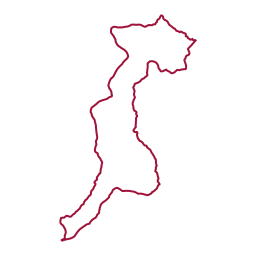 Dungna, Chhukha, Bhutan (Robinson projection)
{"feature_id": "84629894B53394150042816", "entity_name": "Dungna", "entity_type": "district", "adm_level": 2, "iso_a3": "BTN", "parent_name": "Bhutan", "parent_adm1": "Chhukha", "projection": "robinson", "projection_center": [89.368, 27.082], "detail": "fine", "context": "isolated", "style": "outline", "palette": "rose", "viewbox_px": 256, "rotation_deg": 0, "n_neighbors": 0, "source": "geoboundaries", "source_scale": "gbopen_adm2", "svg_char_len": 5769}
<svg xmlns="http://www.w3.org/2000/svg" viewBox="0 0 256 256"><path d="M61.0,218.0L60.7,219.4L60.4,220.2L60.4,222.4L60.5,223.0L61.2,224.0L62.1,224.7L62.8,225.3L63.9,226.9L65.2,229.4L65.5,230.3L65.8,232.1L65.6,233.4L65.0,235.0L64.7,236.1L64.7,236.7L64.9,238.1L64.7,238.7L62.2,239.7L61.7,240.0L61.7,240.3L62.3,240.6L62.9,240.3L64.8,239.7L70.4,238.5L71.7,238.0L74.0,236.7L74.8,235.9L77.1,232.4L79.5,229.6L81.0,228.4L86.5,224.5L89.5,223.6L90.7,221.5L91.6,220.5L92.9,219.3L95.7,217.6L96.7,216.0L97.3,214.6L98.8,213.3L99.1,212.6L99.2,210.9L100.0,207.4L100.6,205.3L100.9,204.6L101.3,204.0L103.1,202.2L105.4,200.7L108.5,197.9L109.0,197.2L109.1,196.2L109.5,195.3L112.1,192.0L112.6,190.6L113.0,189.9L114.9,188.5L116.5,187.9L117.4,187.9L119.4,188.9L122.5,191.1L126.0,190.8L129.0,190.9L130.4,191.1L134.4,191.8L136.2,192.6L138.0,193.7L140.9,193.6L143.8,194.2L144.7,194.6L145.7,194.7L146.5,195.1L147.1,195.1L148.6,194.9L151.3,193.4L151.6,193.0L151.9,192.3L153.1,191.8L153.4,191.3L154.5,190.7L156.8,188.5L157.3,187.7L157.4,186.9L158.6,184.8L159.5,184.5L159.5,183.9L158.8,182.8L157.9,181.7L157.7,181.1L157.7,180.2L158.3,179.1L158.5,178.4L158.4,178.0L158.0,177.0L157.7,176.0L157.2,173.2L156.6,172.3L155.3,171.2L155.3,170.6L155.9,169.2L155.9,167.1L156.6,166.0L156.7,165.3L156.3,164.8L156.1,163.7L155.8,159.4L155.5,159.0L154.9,158.5L154.2,156.4L153.6,155.7L152.8,154.2L151.5,152.5L151.1,151.4L150.3,149.9L149.7,149.3L149.0,148.9L148.0,148.1L147.2,147.5L146.9,146.4L146.3,145.7L145.7,145.5L144.9,145.5L144.0,144.8L142.3,142.3L140.8,141.3L139.5,140.8L138.6,139.2L138.1,138.8L137.9,138.5L137.8,137.7L137.4,136.8L136.9,134.9L136.9,134.4L137.4,133.6L137.4,133.1L137.3,132.5L137.1,132.1L136.7,132.0L135.6,132.2L134.7,132.0L134.0,131.5L133.4,130.6L134.0,129.4L134.8,128.2L135.7,127.2L135.8,126.9L135.8,126.4L135.6,125.8L135.6,125.2L135.9,123.8L135.8,121.8L136.1,120.8L136.0,119.9L136.0,118.2L137.0,116.4L137.1,115.8L137.0,115.5L136.4,114.8L136.1,113.9L136.5,112.6L136.4,112.1L136.1,111.7L135.6,111.3L134.5,110.7L134.1,110.2L133.6,108.9L133.4,108.0L133.4,106.5L132.6,104.1L132.7,103.0L133.3,101.3L133.6,100.2L134.8,97.7L134.9,97.3L134.8,96.9L134.2,95.6L134.0,94.4L134.6,90.7L133.9,89.6L133.8,88.7L133.3,87.8L133.3,87.2L134.3,85.6L134.7,84.0L136.0,83.3L137.1,83.1L139.5,81.8L140.7,80.7L141.8,79.3L143.8,78.4L145.1,77.2L146.0,76.5L146.4,76.2L147.2,75.5L147.4,74.6L147.0,73.5L147.0,72.5L147.2,72.0L147.2,71.1L147.5,68.2L147.7,67.4L147.7,65.4L147.6,65.0L147.6,64.3L147.6,63.6L148.8,62.2L149.3,61.9L149.8,61.4L151.8,61.2L153.5,61.4L155.7,62.3L156.2,62.8L157.3,64.0L158.1,65.6L158.3,66.2L158.4,67.5L158.9,68.7L159.7,69.6L160.7,71.2L161.1,71.4L162.8,71.2L163.4,71.0L163.9,70.6L164.3,70.5L166.0,69.6L167.4,70.7L168.8,71.4L169.6,71.7L171.2,73.1L171.9,73.3L173.9,72.7L175.0,71.9L176.9,70.1L177.3,69.9L179.4,70.2L181.9,69.4L183.0,69.4L184.0,69.1L185.3,69.2L185.8,68.9L186.0,68.3L186.1,67.3L186.1,65.9L185.7,64.1L184.6,61.1L184.4,59.8L185.4,58.4L186.0,56.3L186.7,55.6L188.2,55.1L189.2,54.3L189.4,53.6L189.3,52.3L188.5,50.3L188.1,49.6L188.0,49.0L188.4,48.3L191.1,45.6L195.6,40.4L195.3,40.2L193.3,40.1L193.0,40.0L192.4,39.0L190.8,39.7L190.2,39.6L189.4,38.9L188.2,38.3L187.6,37.6L187.5,36.8L186.8,36.4L186.0,36.3L185.8,36.1L185.7,35.9L185.9,34.5L185.8,34.1L185.4,33.7L184.7,33.2L183.7,33.0L182.8,32.6L182.3,32.4L181.6,31.7L180.9,31.6L180.2,32.1L179.6,32.2L178.6,31.4L176.3,30.7L174.9,28.7L174.0,28.5L173.6,28.3L173.1,27.7L171.9,26.7L169.2,24.7L167.7,21.9L167.0,21.1L164.3,19.6L163.4,18.7L163.0,16.5L162.0,15.6L161.3,15.4L160.4,16.4L160.0,17.5L159.2,18.8L157.9,19.6L157.5,20.0L157.1,21.0L157.0,21.9L156.0,22.7L155.4,23.9L155.0,24.4L154.3,24.3L153.3,24.4L152.7,24.7L152.2,25.2L150.1,25.2L149.6,25.0L149.0,25.0L146.8,25.9L145.6,26.7L144.7,26.7L144.4,26.7L141.1,25.0L140.0,24.7L139.1,24.6L136.9,24.8L133.5,24.6L131.3,24.7L130.4,25.4L128.6,26.2L127.2,26.6L126.5,26.7L125.4,26.7L123.9,27.1L121.2,27.5L120.2,27.3L118.2,27.5L117.0,27.3L115.9,26.9L113.8,26.8L113.2,27.0L111.4,28.2L111.1,29.6L111.0,30.9L111.1,32.5L111.5,33.5L112.0,33.9L113.2,35.6L113.9,36.4L114.1,37.2L115.2,39.0L115.5,39.7L115.6,41.2L116.1,42.8L116.6,43.4L116.9,44.2L118.5,46.1L118.9,46.3L119.7,46.7L120.5,47.4L122.6,48.8L124.3,49.8L126.4,51.8L127.4,53.7L127.9,55.2L128.1,56.1L128.1,56.7L127.7,57.3L127.7,57.6L126.6,59.0L125.7,59.7L123.8,61.6L123.0,62.6L122.2,64.0L120.6,65.5L118.9,67.2L116.5,70.2L116.2,71.3L115.4,72.2L115.1,73.2L114.3,74.6L113.7,76.0L112.3,77.6L111.1,78.4L110.9,78.9L110.6,79.2L109.8,80.8L108.4,85.0L108.4,85.6L108.5,86.1L108.9,86.8L109.4,88.7L110.2,89.3L111.3,91.8L111.5,92.3L111.6,94.4L112.0,95.4L111.7,96.4L110.6,96.7L109.0,97.4L107.6,98.5L106.4,99.1L103.6,99.9L100.3,101.0L98.8,101.8L97.8,102.6L96.9,103.6L92.1,107.3L91.3,108.3L91.0,109.5L90.6,111.9L91.4,113.5L91.8,114.6L91.9,115.8L94.6,119.9L94.9,121.6L95.5,123.7L96.0,126.4L95.9,127.8L96.2,129.0L96.2,130.1L96.6,133.1L96.8,134.6L97.2,137.0L97.1,138.6L96.8,139.4L96.0,140.9L95.9,141.6L96.4,144.2L96.3,144.7L95.7,146.0L94.9,149.5L94.9,150.9L95.0,151.2L95.6,152.1L97.4,153.1L97.7,153.6L97.7,154.5L98.0,155.0L98.5,156.5L100.1,158.2L100.4,158.9L101.0,160.3L101.9,161.6L102.2,162.5L102.1,163.1L101.5,165.5L101.4,167.4L100.8,168.8L100.6,170.7L100.5,171.9L100.2,173.3L99.6,173.6L99.2,174.0L98.2,175.6L97.1,177.0L96.8,177.9L96.8,178.2L97.1,179.1L97.1,179.4L96.9,179.7L96.3,180.3L95.5,180.7L95.0,181.4L94.5,182.2L94.4,182.5L94.5,182.8L95.5,183.9L95.4,184.7L93.7,187.6L93.2,189.1L91.5,190.7L91.2,191.8L90.9,192.1L91.0,193.6L90.6,194.7L90.0,195.5L89.1,195.9L86.8,199.2L85.3,200.2L85.0,200.9L84.4,201.6L84.1,202.3L83.5,204.2L81.6,205.2L80.8,206.4L79.6,208.7L78.7,209.4L77.3,210.9L75.7,211.9L75.1,213.0L74.7,213.5L73.6,214.1L72.6,214.9L71.1,216.5L69.8,216.8L68.0,216.1L66.7,215.8L65.9,216.1L64.2,217.6L63.6,217.7L63.1,217.6L61.0,218.0Z" fill="none" stroke="#9f1239" stroke-width="2"/></svg>